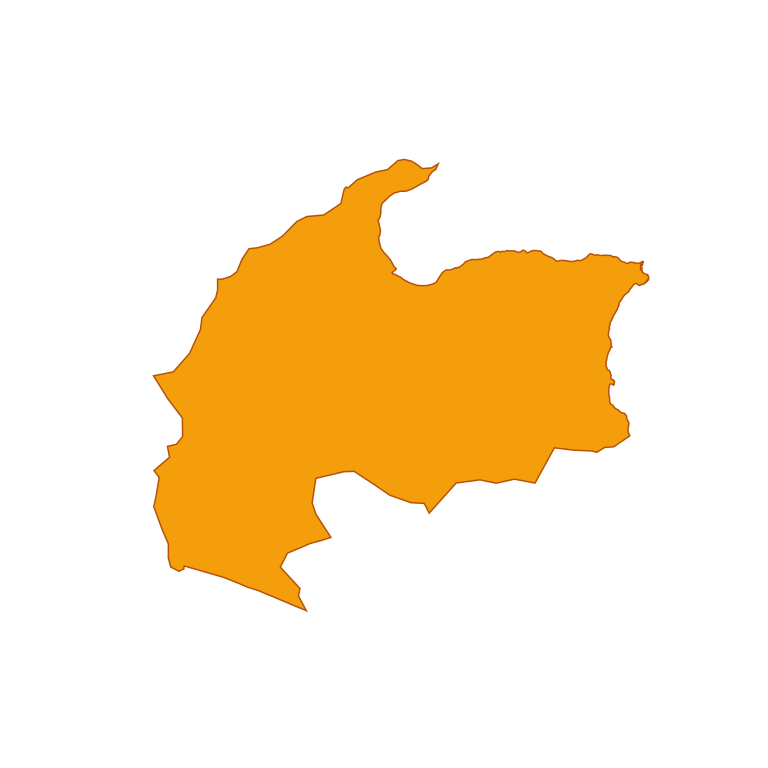 outline of Anse La Verdue, Anse-la-Raye, Saint Lucia, rotated 143°
{"feature_id": "8701671B11621920628841", "entity_name": "Anse La Verdue", "entity_type": "district", "adm_level": 2, "iso_a3": "LCA", "parent_name": "Saint Lucia", "parent_adm1": "Anse-la-Raye", "projection": "orthographic", "projection_center": [-61.06, 13.91], "detail": "fine", "context": "isolated", "style": "filled", "palette": "amber", "viewbox_px": 768, "rotation_deg": 143, "n_neighbors": 0, "source": "geoboundaries", "source_scale": "gbopen_adm2", "svg_char_len": 6123}
<svg xmlns="http://www.w3.org/2000/svg" viewBox="0 0 768 768"><g transform="rotate(143 384 384)"><path d="M582.5,249.7L579.8,266.3L574.2,271.2L577.0,300.2L562.9,307.0L539.4,301.2L527.2,296.4L518.7,293.5L516.8,320.6L513.0,332.2L495.2,349.7L468.8,338.1L460.4,332.2L452.8,310.9L446.2,291.5L434.0,273.1L423.7,264.4L425.6,253.7L386.0,261.5L365.3,249.9L354.1,237.3L337.1,229.5L323.0,214.0L286.3,230.5L272.2,216.9L258.1,205.3L255.3,201.4L245.9,200.5L238.3,195.6L218.8,194.7L218.6,195.7L218.2,198.1L217.2,199.8L216.0,201.4L215.2,202.3L214.0,203.4L213.4,204.0L212.4,204.8L212.1,205.1L211.4,207.1L211.4,208.2L211.1,209.7L209.8,212.0L209.6,212.8L209.5,213.5L209.5,214.5L209.8,216.0L210.5,216.9L211.3,217.8L211.6,218.3L212.4,220.4L212.4,221.5L212.7,222.8L213.5,224.1L213.9,224.9L214.1,225.5L214.1,228.5L214.2,229.8L214.5,230.6L214.8,231.2L215.0,231.7L214.9,232.4L214.0,234.7L212.6,236.6L211.4,238.6L211.2,239.4L210.9,240.2L208.9,242.9L208.3,243.5L206.8,245.4L205.7,246.4L204.0,247.8L203.5,247.9L203.2,247.8L202.4,247.2L202.0,246.6L201.5,245.1L201.1,244.9L200.6,245.1L200.3,245.4L200.0,245.8L199.8,246.3L199.6,246.4L198.8,246.7L198.6,246.9L198.4,247.5L198.3,248.7L198.6,249.7L199.4,250.8L199.5,251.4L199.4,251.7L199.0,252.7L197.9,253.7L197.4,254.2L197.2,254.6L197.2,255.2L196.3,257.2L196.3,258.0L196.0,258.8L196.0,259.2L196.5,260.0L196.6,260.4L196.7,261.8L196.2,263.0L195.9,264.5L193.7,267.6L192.2,268.9L189.2,271.5L186.0,274.0L183.3,275.2L182.2,276.0L181.7,276.3L181.5,276.6L181.0,276.6L180.2,276.3L179.6,276.6L179.5,277.8L179.3,278.3L178.2,279.6L176.3,283.0L176.3,284.0L176.4,284.4L176.2,286.1L176.0,286.9L175.8,287.3L175.0,288.5L174.0,289.7L171.7,291.8L171.4,291.9L171.0,292.0L170.8,292.2L170.5,292.6L170.3,293.2L170.1,293.5L169.5,294.3L168.7,294.9L168.4,294.9L167.9,295.2L167.4,295.7L166.9,296.8L166.3,297.0L165.8,297.1L164.6,297.6L163.6,298.0L163.2,298.2L162.6,299.0L162.2,299.3L161.4,299.2L161.2,299.5L161.1,299.8L160.7,300.1L158.4,300.8L152.8,303.3L148.8,305.6L148.0,306.8L146.9,307.4L144.2,308.2L143.4,308.5L142.1,309.2L140.1,309.9L137.2,310.3L134.8,310.5L133.6,310.5L132.2,310.8L131.5,311.1L130.2,311.8L129.3,311.9L127.5,312.3L125.6,313.0L124.3,313.3L123.4,313.1L122.5,312.7L121.8,311.7L121.0,309.4L120.7,309.0L120.3,308.7L119.9,308.6L118.4,308.7L116.9,307.4L115.3,307.8L114.9,307.8L114.7,307.6L114.5,307.4L114.3,307.4L113.9,307.7L113.9,308.1L113.7,308.2L112.9,307.6L112.6,307.6L112.7,307.9L111.8,307.9L111.5,308.5L111.1,308.4L110.6,308.0L110.1,308.0L109.9,308.5L109.8,308.9L109.6,309.2L108.8,309.2L108.6,309.3L108.5,309.5L108.1,311.1L107.6,312.4L107.6,312.7L107.6,312.9L108.2,313.0L108.6,313.4L108.8,313.8L109.5,315.3L110.2,317.4L110.2,318.1L110.1,318.5L109.8,318.7L109.5,319.0L109.5,319.3L109.9,319.7L110.2,320.5L110.4,320.8L110.3,321.2L110.1,321.4L109.9,321.6L109.7,321.5L109.3,321.0L109.0,320.7L108.6,320.9L108.2,321.2L108.0,321.4L107.8,322.0L108.0,322.2L108.2,322.3L108.9,322.7L108.9,322.8L108.9,323.0L108.0,323.6L107.8,323.9L107.3,324.7L107.1,325.2L106.9,325.3L106.7,325.0L106.5,324.5L106.5,324.0L106.5,323.7L106.4,323.4L106.1,323.4L105.3,324.1L104.4,325.1L104.2,325.1L103.8,325.0L103.6,325.4L103.5,325.8L103.6,326.1L103.9,326.4L104.3,326.5L105.7,326.4L106.3,326.5L106.7,326.6L108.1,327.3L108.5,327.6L109.4,328.0L110.1,328.9L110.8,330.3L111.2,330.5L111.4,330.5L111.7,330.7L112.4,331.7L112.9,332.3L114.1,333.0L115.0,333.1L115.2,333.3L115.3,333.5L116.9,333.8L117.8,334.5L118.2,335.4L118.3,335.9L118.5,336.3L119.7,337.7L120.6,339.3L121.0,340.1L121.0,340.5L121.0,343.0L121.3,344.3L121.7,345.0L122.1,345.7L122.5,346.1L124.6,347.9L125.6,350.0L126.0,350.6L127.3,351.6L128.1,352.1L128.5,352.4L128.8,353.0L129.4,353.5L131.4,354.7L132.6,355.6L133.9,356.3L134.5,356.8L134.8,357.5L135.3,358.3L135.8,358.7L137.7,359.8L138.3,360.3L138.7,360.9L139.8,362.9L140.5,363.6L141.1,363.9L141.8,363.9L142.7,363.9L144.1,363.6L145.2,363.3L146.8,363.2L150.1,363.7L151.0,363.7L152.8,364.3L153.5,364.6L154.8,366.2L155.2,366.5L156.7,366.9L157.5,367.2L159.5,368.3L161.1,369.3L161.7,369.9L163.0,371.5L165.1,373.4L165.7,374.0L166.1,374.6L167.2,375.4L169.0,376.6L170.9,377.4L171.4,377.6L172.0,377.9L172.7,379.4L172.8,380.4L173.6,383.5L175.7,386.6L178.1,391.3L178.4,392.1L178.6,392.9L178.6,394.3L178.8,395.3L178.9,395.8L179.4,396.4L180.9,397.7L182.4,399.2L183.5,400.0L184.3,400.8L185.9,401.4L186.6,401.6L189.0,402.0L189.7,402.1L190.5,402.5L190.7,402.8L191.0,403.5L191.2,405.2L191.6,406.3L191.9,406.7L192.3,407.0L192.7,407.2L193.3,407.3L195.5,407.3L197.2,408.3L198.1,409.1L199.8,411.8L200.7,412.6L203.7,414.8L204.7,415.7L205.3,416.5L206.7,416.8L208.4,417.4L209.4,418.6L211.6,419.4L212.8,421.0L215.5,422.3L224.7,422.5L226.5,423.6L227.7,424.1L229.1,424.3L231.1,425.2L235.4,427.8L237.5,429.5L238.9,430.6L242.7,431.8L244.4,432.4L246.2,432.5L248.2,432.0L251.9,431.9L253.3,432.0L255.1,432.5L256.9,433.7L262.1,435.1L266.1,437.8L270.4,437.8L276.4,435.7L281.2,433.9L284.4,434.3L289.8,436.4L294.6,439.7L298.0,442.7L302.6,449.3L305.6,455.7L306.4,459.2L308.0,462.1L309.0,464.5L310.6,466.4L310.4,468.2L306.0,468.2L304.8,468.9L305.4,471.3L304.2,479.1L304.6,486.3L305.0,489.4L304.8,494.4L302.2,500.5L300.0,504.4L297.8,505.3L294.4,508.8L291.2,515.7L290.2,518.4L287.4,519.2L283.8,522.3L280.6,526.4L277.0,529.3L267.1,530.6L260.9,530.4L255.1,528.1L250.1,524.6L244.3,522.9L235.3,521.7L228.1,520.5L225.5,520.9L223.3,522.9L220.3,523.8L216.7,524.6L213.7,524.2L208.2,527.2L216.0,528.0L223.8,533.0L225.8,540.1L227.7,545.1L232.6,551.1L238.5,554.1L252.1,553.1L262.9,558.2L282.4,563.2L294.1,562.2L296.1,564.2L299.0,563.2L309.8,554.1L330.3,555.2L344.9,564.2L355.7,566.2L376.2,563.2L390.9,564.2L403.6,569.2L410.4,573.3L422.1,569.2L433.8,562.2L441.7,562.2L450.4,565.2L453.8,567.9L460.5,559.0L466.5,554.1L489.4,546.6L497.9,537.9L520.8,525.5L545.0,520.5L563.1,529.2L565.5,503.1L565.5,478.2L576.4,463.3L586.0,460.8L594.5,464.5L599.3,454.6L619.8,453.3L619.8,444.6L634.3,430.9L641.6,424.7L648.8,401.1L652.4,386.1L660.9,374.9L664.5,366.2L660.4,357.8L656.9,357.1L655.2,356.7L653.1,359.0L628.3,325.9L620.2,312.5L615.2,303.8L609.2,295.4L609.0,295.2L602.8,284.4L602.2,283.7L595.7,272.3L595.5,272.1L589.5,261.6L584.1,252.6L582.5,249.7Z" fill="#f59e0b" stroke="#b45309" stroke-width="1.5"/></g></svg>